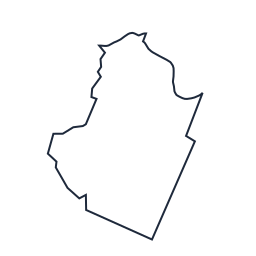 the district of Dyer, Tennessee, United States of America, rotated 112°
{"feature_id": "52423323B67053212067628", "entity_name": "Dyer", "entity_type": "district", "adm_level": 2, "iso_a3": "USA", "parent_name": "United States of America", "parent_adm1": "Tennessee", "projection": "albers", "projection_center": [-89.571, 36.047], "detail": "fine", "context": "isolated", "style": "outline", "palette": "slate", "viewbox_px": 256, "rotation_deg": 112, "n_neighbors": 0, "source": "geoboundaries", "source_scale": "gbopen_adm2", "svg_char_len": 972}
<svg xmlns="http://www.w3.org/2000/svg" viewBox="0 0 256 256"><g transform="rotate(112 128 128)"><path d="M211.5,146.8L205.8,142.0L219.7,136.1L222.4,64.0L115.3,61.0L113.6,71.2L67.5,72.0L69.4,72.9L71.2,74.2L74.8,77.8L76.8,80.5L78.9,84.1L79.7,86.3L79.9,88.7L79.7,92.1L79.4,94.5L79.1,95.6L77.5,97.7L76.5,98.7L72.2,101.0L68.9,103.3L67.9,103.8L63.1,105.1L58.3,106.9L55.4,108.2L53.4,109.8L51.4,112.7L51.0,113.6L50.3,117.7L49.5,126.0L48.6,133.2L48.2,135.1L46.9,138.7L43.2,143.7L42.5,144.9L42.1,146.5L33.6,146.7L34.2,148.2L35.1,149.5L38.1,152.6L38.2,153.0L37.9,157.2L38.0,158.7L38.2,159.7L39.6,161.9L41.0,163.2L44.4,165.5L48.7,168.1L52.0,171.0L53.8,172.9L58.7,176.9L60.0,178.7L60.6,180.2L61.8,184.1L62.4,185.6L66.8,177.6L74.4,179.3L81.4,175.8L87.2,177.0L90.7,172.4L104.8,176.0L113.0,173.5L112.8,168.1L140.3,168.5L143.1,170.6L147.8,179.0L157.7,186.3L161.3,195.0L181.8,192.7L186.0,181.7L191.6,180.2L206.2,161.6L211.5,146.8Z" fill="none" stroke="#1e293b" stroke-width="2"/></g></svg>